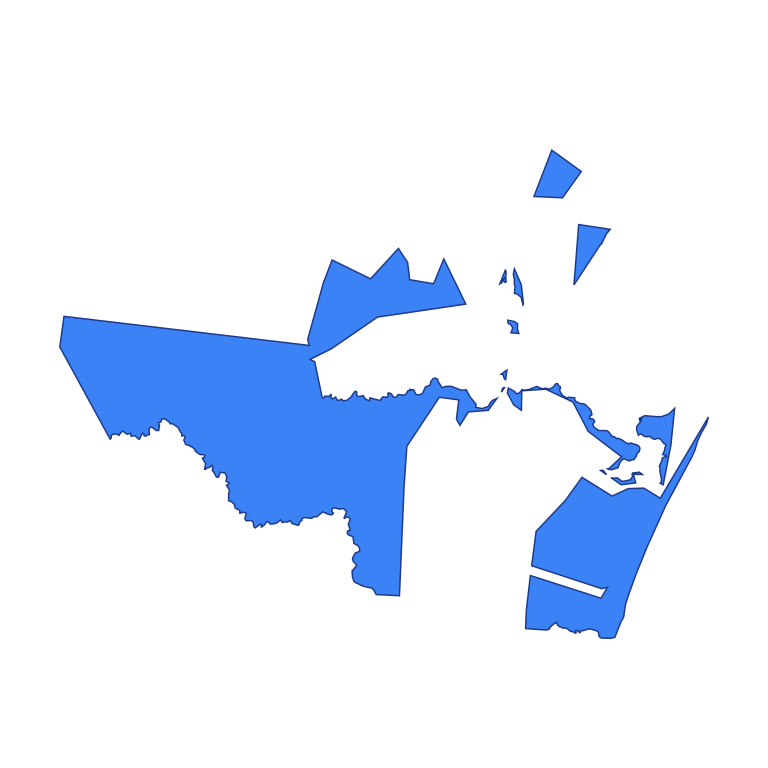 Napranum, Queensland, Australia (Albers equal-area conic projection), rotated 183°
{"feature_id": "25037944B72297710108089", "entity_name": "Napranum", "entity_type": "district", "adm_level": 2, "iso_a3": "AUS", "parent_name": "Australia", "parent_adm1": "Queensland", "projection": "albers", "projection_center": [142.04, -12.587], "detail": "fine", "context": "isolated", "style": "filled", "palette": "blue", "viewbox_px": 768, "rotation_deg": 183, "n_neighbors": 0, "source": "geoboundaries", "source_scale": "gbopen_adm2", "svg_char_len": 6166}
<svg xmlns="http://www.w3.org/2000/svg" viewBox="0 0 768 768"><g transform="rotate(183 384 384)"><path d="M445.0,367.0L454.4,402.7L459.3,404.6L438.3,416.5L394.0,450.5L306.5,468.1L330.8,512.0L339.7,486.7L363.8,489.5L366.8,506.7L376.7,520.1L402.9,488.3L442.3,505.1L449.8,481.9L462.5,424.8L460.8,418.6L707.1,434.8L709.7,404.0L654.6,314.6L653.5,316.0L653.7,318.1L652.6,319.4L648.8,320.1L645.9,318.8L644.6,321.3L642.3,323.3L638.1,320.4L634.3,321.4L633.8,318.6L631.2,319.2L629.4,318.9L626.3,316.2L625.3,316.1L622.7,322.2L621.5,322.0L620.7,319.6L618.9,319.6L617.5,320.8L615.6,321.1L616.3,326.6L614.9,328.9L613.7,328.9L609.0,325.6L606.6,325.8L606.0,330.9L607.2,333.5L604.7,334.5L604.1,337.5L600.8,337.6L596.8,335.0L595.4,333.1L592.9,333.2L587.2,329.7L585.0,325.6L583.1,323.9L583.3,321.6L580.8,322.0L579.6,320.8L581.0,317.5L578.9,313.3L575.1,312.3L571.5,310.5L569.6,308.9L568.8,306.9L564.0,303.9L559.6,304.0L559.1,303.2L559.5,301.7L561.5,300.4L557.9,295.1L558.7,289.5L557.7,289.4L556.2,291.1L553.8,291.5L551.3,293.9L550.5,292.2L550.9,288.6L548.8,286.3L546.7,282.6L545.1,282.0L544.0,282.9L544.1,284.1L542.5,287.3L538.1,286.8L536.2,283.4L536.6,278.5L533.5,277.4L534.0,275.8L536.0,274.5L532.7,269.9L533.4,265.9L533.1,259.3L530.1,258.4L527.2,256.1L526.2,252.4L521.3,250.1L521.2,247.4L517.7,248.6L515.4,248.1L514.8,246.2L515.9,243.3L515.5,241.2L514.3,240.2L510.4,240.7L507.6,239.8L506.5,234.7L505.1,233.6L500.0,237.6L499.0,237.3L499.2,234.9L498.4,235.0L496.1,237.0L494.0,240.4L492.3,240.1L490.2,238.2L486.4,238.7L483.5,239.8L480.3,242.8L478.2,240.3L476.7,241.0L472.8,241.2L470.4,242.7L468.4,239.8L462.5,238.4L461.6,239.0L461.0,241.6L458.8,243.6L458.8,245.3L456.9,246.5L449.2,246.1L446.8,247.8L444.1,247.9L438.5,253.1L432.8,251.0L429.2,250.6L427.7,252.4L429.7,254.3L428.7,257.4L426.1,257.6L421.5,256.7L418.1,257.6L414.6,254.5L416.9,248.1L416.3,247.7L415.2,248.8L412.9,249.4L410.6,247.2L412.3,242.4L410.1,235.9L412.5,235.5L413.0,233.5L412.0,231.7L407.0,229.9L405.7,223.2L401.6,221.2L399.7,218.7L399.7,215.6L403.9,213.6L406.1,209.0L406.2,207.1L405.2,205.0L401.6,201.6L406.1,195.6L405.4,189.6L403.7,185.5L402.4,184.3L393.9,180.9L385.3,179.4L383.5,177.9L380.8,173.3L357.5,173.4L358.6,282.6L357.9,323.0L328.1,373.6L308.5,372.1L309.8,352.7L306.0,346.7L298.2,360.6L278.6,363.1L270.5,375.5L274.3,373.6L276.3,371.7L278.8,366.9L284.8,364.6L291.2,365.5L291.0,368.5L297.5,375.8L301.6,382.5L306.6,381.9L316.8,385.2L322.4,384.8L325.9,383.3L330.4,389.8L330.6,391.5L333.1,392.7L335.1,392.1L337.1,389.5L338.1,385.2L342.5,383.2L344.8,377.2L346.1,375.8L348.9,375.0L351.6,375.3L354.0,379.7L357.6,379.9L357.1,379.2L359.7,378.6L361.6,374.9L363.4,373.9L369.3,374.2L371.1,371.6L373.0,371.3L374.4,372.0L376.0,374.5L378.8,375.5L379.7,374.7L379.1,372.7L379.8,371.1L384.6,371.0L387.2,367.3L397.3,369.4L397.7,366.7L398.4,366.6L401.8,368.1L404.3,371.4L407.2,370.3L409.4,370.3L410.6,371.2L410.9,374.7L412.2,375.3L415.1,371.7L415.4,370.1L420.3,365.7L423.9,365.1L425.7,366.7L427.2,365.6L429.9,365.3L431.6,368.4L434.7,366.5L436.5,367.8L436.0,370.1L436.5,370.7L438.3,368.8L442.7,368.7L443.1,367.1L444.4,366.8L445.0,367.0ZM229.8,147.2L209.1,146.8L206.2,147.8L206.0,149.1L202.5,152.8L199.0,155.0L198.3,152.8L196.6,151.1L192.4,149.6L189.2,149.8L184.8,146.8L182.0,146.4L180.0,145.1L179.2,145.5L179.7,147.9L177.8,148.0L177.3,146.9L175.2,146.0L174.8,148.0L173.2,147.8L167.0,150.0L164.3,150.1L157.8,148.3L157.0,147.4L155.8,142.8L153.8,141.7L144.0,141.9L140.2,143.1L134.8,159.2L132.5,163.7L131.3,176.4L129.2,184.6L122.4,207.1L112.7,235.2L96.4,277.1L72.8,327.1L70.0,334.5L67.7,344.0L64.5,351.9L59.9,360.8L58.3,368.0L102.1,284.4L119.1,293.6L134.6,292.3L150.4,284.0L181.4,301.2L196.6,277.5L224.4,244.7L227.0,210.2L155.7,191.0L150.2,192.7L156.1,181.4L227.8,200.4L230.0,165.4L229.8,147.2ZM127.8,336.3L134.7,338.0L136.9,337.1L139.7,338.1L143.0,340.4L147.0,342.0L148.2,341.4L150.9,343.2L153.2,343.5L157.4,348.2L159.3,349.1L167.2,348.8L170.6,350.9L172.6,352.6L173.3,354.9L171.6,357.5L172.3,358.9L173.8,360.1L177.1,360.1L176.3,363.1L174.7,364.2L176.2,368.9L181.8,373.9L183.6,374.7L187.1,374.8L191.3,376.6L192.8,378.5L192.9,380.2L199.0,380.4L200.6,379.6L204.9,381.6L207.8,385.7L208.4,388.5L207.5,388.9L207.9,390.6L209.1,391.0L210.5,393.3L212.2,393.4L215.3,389.4L218.3,387.7L223.1,388.2L225.8,387.5L231.4,389.5L238.7,386.2L243.7,385.1L245.8,385.7L247.5,383.1L250.0,381.3L252.1,381.9L253.2,383.4L259.6,386.5L260.3,381.4L253.4,370.0L245.4,364.9L246.1,384.4L222.2,387.3L194.4,375.9L177.6,347.4L142.9,323.7L154.8,311.5L156.3,311.0L155.5,310.6L152.4,310.3L146.0,312.6L143.9,318.8L140.7,322.0L134.9,320.0L132.0,321.6L130.7,321.3L128.5,324.7L127.1,328.8L125.6,329.8L125.0,332.7L125.6,334.6L127.8,336.3ZM244.1,579.1L215.5,579.3L198.1,606.5L228.7,626.3L244.1,579.1ZM92.5,374.9L97.9,369.0L104.6,366.1L109.4,365.6L121.9,366.0L127.2,363.1L126.6,360.3L125.9,362.8L124.9,362.9L125.3,360.6L129.3,354.9L129.4,351.7L127.3,346.2L125.3,347.6L123.6,347.2L121.7,345.4L118.4,345.1L115.9,345.7L113.9,343.9L110.8,342.9L108.1,344.0L106.5,343.9L105.0,343.4L101.2,339.0L99.4,338.7L99.1,336.8L99.8,336.3L100.5,331.8L102.0,328.1L98.3,327.3L97.9,325.9L99.9,326.0L102.3,324.4L102.4,322.3L104.8,316.2L103.9,314.6L104.0,311.8L102.0,303.8L101.9,300.8L103.0,299.3L99.9,298.0L94.3,337.9L92.5,374.9ZM174.1,535.2L169.7,545.7L166.2,550.3L197.9,553.4L199.5,492.9L174.7,535.3L174.1,535.2ZM259.8,505.8L260.6,500.4L259.3,495.2L259.1,490.2L258.2,488.8L258.5,481.3L255.7,480.8L251.6,477.8L249.3,470.2L248.9,471.0L252.1,490.3L259.8,505.8ZM121.3,307.2L124.4,309.3L131.1,308.1L131.6,306.9L130.8,304.6L132.7,302.1L132.4,301.4L139.3,299.5L141.2,299.3L146.1,302.5L150.3,301.9L152.5,302.4L141.8,295.8L127.5,298.4L130.2,306.9L121.3,307.2ZM263.7,454.2L263.1,450.8L260.9,450.3L258.3,446.9L259.9,441.8L252.0,441.5L253.7,446.0L253.7,451.0L256.9,453.2L263.7,454.2ZM268.8,503.9L273.6,490.0L271.6,491.3L271.0,494.3L267.9,497.4L268.0,502.8L268.8,503.9ZM262.8,394.7L262.0,404.3L267.6,399.9L265.6,399.6L264.2,395.8L262.8,394.7ZM267.9,496.1L269.6,495.5L270.0,494.5L269.7,492.7L268.4,491.8L267.4,492.4L267.9,496.1ZM156.9,305.1L160.2,308.8L161.7,309.4L163.2,309.0L156.9,305.1ZM266.2,382.0L263.5,386.7L264.6,386.5L265.7,385.1L266.2,382.0Z" fill="#3b82f6" stroke="#1e3a8a" stroke-width="1.5"/></g></svg>